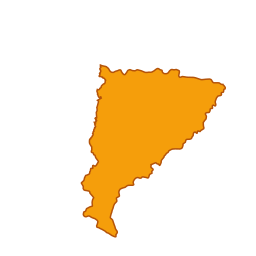 Pa Sang, Lamphun, Thailand, rotated 41°
{"feature_id": "78962969B79756650149930", "entity_name": "Pa Sang", "entity_type": "district", "adm_level": 2, "iso_a3": "THA", "parent_name": "Thailand", "parent_adm1": "Lamphun", "projection": "orthographic", "projection_center": [98.877, 18.408], "detail": "fine", "context": "isolated", "style": "filled", "palette": "amber", "viewbox_px": 256, "rotation_deg": 41, "n_neighbors": 0, "source": "geoboundaries", "source_scale": "gbopen_adm2", "svg_char_len": 5860}
<svg xmlns="http://www.w3.org/2000/svg" viewBox="0 0 256 256"><g transform="rotate(41 128 128)"><path d="M150.7,222.3L152.0,223.2L153.3,223.2L153.9,223.0L154.6,222.5L155.7,220.5L156.3,220.0L156.9,219.7L158.5,219.5L160.0,219.1L162.6,218.1L165.0,217.9L166.1,218.1L166.8,218.5L167.9,220.7L168.5,222.4L168.8,222.7L169.7,223.2L171.7,222.3L173.2,222.1L174.6,221.6L176.1,221.3L178.0,220.9L180.6,220.9L182.3,220.2L186.4,219.7L189.0,218.9L189.8,218.5L190.1,218.0L189.9,217.5L188.9,216.5L188.6,214.2L188.3,213.7L187.7,213.2L187.0,212.9L186.0,212.7L184.5,212.2L182.6,210.9L181.2,210.2L176.8,207.6L175.6,207.4L174.0,207.5L173.4,207.2L172.7,206.1L171.6,203.9L171.1,202.5L170.0,200.4L169.4,198.6L168.1,195.9L167.6,193.9L167.7,191.1L167.5,190.4L165.7,189.0L165.2,188.3L165.3,187.7L166.1,185.7L166.1,185.0L165.7,184.5L163.2,182.5L162.6,181.4L162.3,180.4L162.2,179.4L162.4,178.7L163.2,177.0L164.7,174.7L165.3,171.9L166.1,170.8L169.0,168.2L169.5,167.4L169.5,167.0L167.6,165.7L166.9,164.3L166.7,163.1L166.6,161.8L166.9,160.3L167.4,159.4L168.1,158.8L169.8,158.1L170.5,157.5L170.8,156.8L170.8,155.7L171.3,155.1L172.9,154.2L174.2,153.4L175.3,153.0L175.9,152.5L175.9,151.6L174.8,149.0L175.1,147.8L175.7,146.6L175.7,146.3L174.4,145.2L174.4,143.4L174.3,143.0L173.8,142.7L173.2,142.5L171.9,142.7L171.0,142.5L170.6,142.2L170.3,141.4L169.4,140.6L170.2,139.1L170.8,137.7L171.8,136.0L173.6,135.9L174.8,135.2L175.9,135.5L176.3,135.5L176.5,135.2L176.3,134.2L175.7,132.4L174.7,131.0L174.4,130.4L174.3,126.5L173.7,125.4L173.9,123.4L173.6,122.0L174.1,120.6L174.2,119.9L173.8,118.3L174.8,115.7L175.4,114.7L177.4,112.7L180.9,109.8L181.6,108.8L181.7,108.4L181.9,107.7L181.8,107.1L181.0,105.2L180.1,104.1L180.1,103.3L180.6,101.1L179.7,99.4L179.6,98.9L179.8,98.0L181.8,96.1L182.4,95.3L182.7,94.5L182.6,93.6L182.2,92.5L182.2,91.4L182.1,90.9L181.4,90.0L180.8,88.8L180.7,88.2L181.0,87.4L181.7,86.9L181.9,86.8L183.0,87.0L183.5,86.6L183.5,86.1L182.9,85.5L182.7,84.6L183.0,84.2L184.4,83.6L184.7,83.3L184.6,81.9L184.9,81.2L185.6,78.9L185.2,78.1L184.0,77.3L183.1,76.5L181.2,74.5L180.9,71.5L181.0,70.8L180.9,69.9L179.8,68.1L179.3,67.6L177.4,66.8L176.9,66.2L177.1,65.3L177.3,64.8L178.7,63.4L179.0,62.8L178.6,61.1L177.9,60.3L177.6,59.7L177.9,58.7L178.7,58.0L178.7,57.5L177.2,56.1L177.1,55.5L177.4,54.7L179.1,54.3L179.4,54.0L179.4,53.7L179.2,53.1L178.7,52.5L177.1,51.5L176.3,50.5L175.3,47.9L175.0,46.9L175.0,44.8L175.6,43.9L176.4,43.0L176.8,42.1L176.5,41.3L175.6,40.7L175.4,40.3L175.5,39.6L176.2,38.9L176.4,38.3L176.1,37.6L175.0,36.0L175.1,35.6L175.6,34.8L175.4,34.4L175.0,33.8L174.5,33.5L172.8,33.1L171.4,33.0L171.0,32.8L170.6,33.3L169.9,33.7L169.0,34.0L167.4,34.1L166.3,34.8L163.1,37.6L162.1,37.8L161.5,37.7L159.4,37.0L158.7,37.0L157.5,37.5L155.0,39.9L152.0,43.1L151.1,43.7L146.3,45.7L144.4,46.7L139.3,50.9L135.5,53.3L135.1,53.7L134.7,54.6L133.9,55.7L133.2,55.8L132.1,55.4L131.7,54.9L130.1,52.0L129.2,51.3L128.7,51.3L127.9,51.5L126.0,52.2L124.6,53.9L122.8,55.0L122.3,55.6L122.1,56.1L121.9,57.6L122.1,59.6L122.0,60.7L121.5,61.6L120.4,62.7L119.4,63.3L118.1,63.4L117.4,63.3L116.6,62.8L116.1,62.3L115.6,62.2L113.9,63.0L112.4,63.1L111.5,63.5L111.0,64.2L110.6,65.4L110.1,68.0L109.2,70.3L108.3,71.3L107.2,72.1L105.9,73.6L104.4,74.8L100.5,76.1L97.2,77.7L96.6,78.2L96.0,79.8L95.5,80.5L93.6,81.8L91.4,82.6L91.1,82.8L90.6,83.6L90.2,84.5L90.2,85.6L90.5,86.6L90.7,89.2L90.7,89.5L90.2,90.2L89.5,90.4L88.0,90.3L86.2,89.8L84.8,89.1L83.9,89.3L83.2,90.1L82.6,91.5L81.3,93.5L80.5,95.6L80.3,95.8L79.2,96.6L78.8,96.8L77.4,96.9L76.1,96.6L74.2,95.9L73.1,95.9L71.4,96.0L70.6,96.3L67.8,97.9L65.9,98.6L66.7,99.6L67.6,99.8L67.7,100.6L67.7,101.3L68.0,101.9L68.3,102.1L68.9,102.0L69.6,102.8L70.1,102.8L71.0,104.8L70.6,105.1L70.7,105.5L71.1,105.7L71.6,106.0L71.8,106.1L72.1,107.7L72.4,107.9L72.8,107.8L72.9,107.4L75.1,106.6L75.4,106.3L75.9,106.6L76.3,106.7L77.0,106.2L77.9,106.2L78.8,106.4L79.3,106.4L79.8,106.7L79.7,107.2L80.8,108.4L81.2,109.9L80.6,110.9L80.4,112.7L80.4,113.8L80.6,114.3L81.1,115.0L81.0,115.9L80.7,116.6L81.0,117.2L80.9,118.1L80.2,119.0L80.1,119.4L79.7,119.3L80.0,120.0L80.3,120.5L80.9,121.0L81.4,121.1L82.2,121.8L82.6,121.9L82.9,122.6L83.8,122.9L84.3,123.3L85.1,123.7L86.0,123.9L86.4,123.8L87.0,122.8L86.9,122.5L87.1,122.4L87.3,122.4L87.4,122.7L87.7,122.7L88.2,123.0L86.8,127.1L88.0,127.0L88.9,128.3L90.5,131.6L91.1,133.1L92.0,133.7L93.3,135.2L93.8,137.0L97.6,140.8L96.4,142.0L96.7,141.9L96.9,142.3L97.2,142.1L97.6,142.4L98.2,142.3L98.3,142.6L98.1,142.9L98.2,143.0L98.9,142.8L99.5,143.0L99.6,143.4L99.3,144.0L99.6,144.3L99.4,144.7L99.7,145.0L99.4,145.2L99.7,145.5L99.6,145.8L99.4,145.9L99.8,146.0L100.0,146.5L100.2,146.4L100.4,146.7L100.8,146.5L100.8,147.2L101.0,147.4L102.6,148.2L102.8,148.9L102.5,149.5L102.8,150.0L103.0,149.9L103.1,150.0L103.2,150.3L103.3,150.6L103.2,151.3L103.7,152.3L104.4,152.9L104.2,153.7L104.6,154.3L104.7,154.6L105.0,154.8L104.9,155.3L105.8,155.6L106.3,156.7L106.3,157.0L106.2,157.3L106.6,157.9L106.4,159.6L106.7,160.1L106.9,160.6L106.5,161.2L106.5,161.7L107.4,163.1L108.7,164.5L109.3,164.9L111.8,165.8L112.9,166.0L114.9,168.1L115.6,169.6L116.2,170.2L116.7,170.2L117.9,169.7L118.5,169.9L119.6,170.6L119.8,170.6L120.5,170.3L121.0,170.3L121.5,170.5L122.2,171.1L123.5,171.7L127.1,172.5L127.4,172.6L127.8,173.0L128.5,176.8L128.4,178.0L128.1,178.5L126.3,179.0L126.1,179.6L126.6,180.3L127.8,181.3L127.7,181.8L126.8,182.4L126.5,182.9L126.6,183.3L127.5,184.7L127.8,185.2L128.0,186.3L128.7,187.3L128.9,187.9L128.7,188.8L128.0,190.3L127.2,191.6L127.9,194.2L128.7,195.6L129.1,196.7L128.8,199.7L128.8,199.9L129.0,200.2L131.7,201.1L132.7,201.6L133.9,203.1L135.3,203.6L136.4,203.3L137.8,202.4L139.8,201.3L140.2,201.2L140.7,201.2L142.3,202.2L146.0,202.7L147.8,203.1L147.9,203.3L148.2,205.0L149.0,206.6L149.9,207.9L152.2,210.1L152.3,210.4L151.0,212.5L149.7,215.9L149.7,216.3L150.5,218.4L150.4,219.1L149.9,219.9L149.8,220.6L150.5,221.7L150.7,222.3Z" fill="#f59e0b" stroke="#b45309" stroke-width="1.5"/></g></svg>